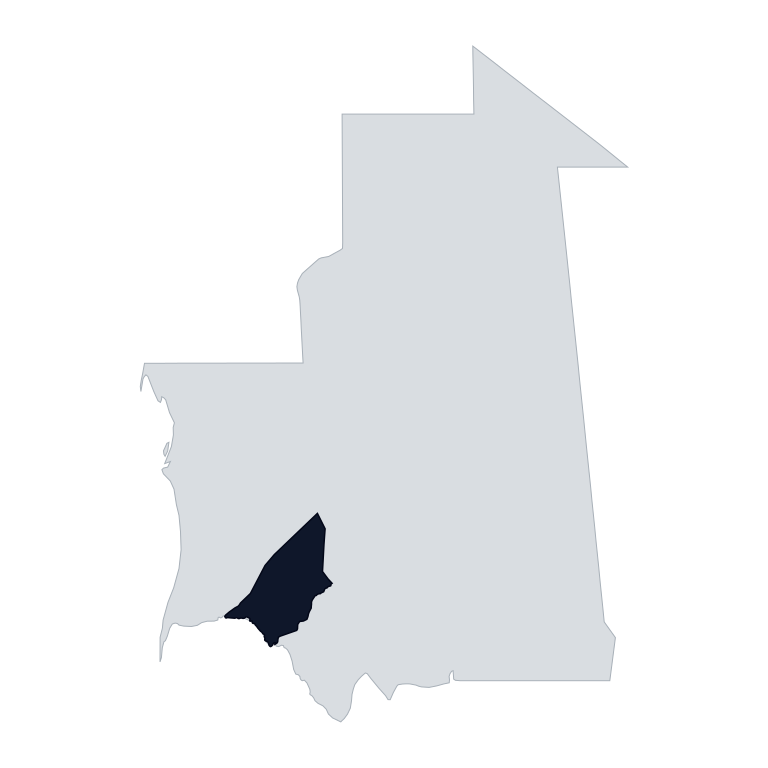 Mauritania, with Brakna highlighted
{"feature_id": "MRT-2784", "entity_name": "Brakna", "entity_type": "Region", "adm_level": 1, "iso_a3": "MRT", "parent_name": "Mauritania", "parent_adm1": "", "projection": "equal_earth", "projection_center": [-13.723, 17.338], "detail": "fine", "context": "in_parent", "style": "filled", "palette": "ink", "viewbox_px": 768, "rotation_deg": 0, "n_neighbors": 0, "source": "natural_earth", "source_scale": "10m", "svg_char_len": 5105}
<svg xmlns="http://www.w3.org/2000/svg" viewBox="0 0 768 768"><path d="M333.6,718.4L332.7,718.0L328.4,714.0L326.3,709.3L322.9,705.8L318.1,703.4L315.0,700.7L313.6,697.7L311.8,695.6L310.0,694.6L309.8,693.5L310.2,692.0L309.8,689.2L307.0,683.0L304.4,680.2L302.2,680.7L301.0,679.9L300.2,678.5L299.9,676.5L298.4,674.8L295.8,674.1L293.7,669.5L292.1,661.1L290.0,654.5L287.5,649.8L285.6,648.1L284.3,647.7L283.8,647.0L283.5,645.6L281.5,645.2L278.7,646.6L276.2,646.1L275.0,643.8L273.3,643.6L271.1,645.5L268.8,644.9L266.1,641.9L264.7,639.0L264.4,636.0L259.9,630.1L251.2,621.3L241.7,617.1L231.4,617.7L225.6,617.3L224.4,615.9L223.1,616.0L221.8,617.6L220.5,617.9L219.0,617.1L218.1,617.7L217.8,620.0L214.1,621.1L207.2,621.2L201.7,622.6L197.4,625.3L191.4,626.5L183.6,626.1L179.0,625.1L177.4,623.5L175.1,623.1L172.3,624.0L169.7,628.3L167.3,636.2L165.4,640.7L163.9,641.8L162.3,647.7L161.4,657.6L160.0,661.9L160.1,637.3L162.4,628.2L163.1,620.1L168.0,602.3L173.7,587.8L179.0,568.5L181.1,549.8L180.5,531.6L179.0,515.4L176.4,504.6L174.0,489.1L170.3,481.0L163.4,473.8L161.9,469.7L163.5,468.1L167.7,467.1L170.4,461.5L164.7,463.6L171.4,446.6L173.4,435.0L173.2,427.4L174.4,422.8L169.5,412.6L165.7,399.8L163.8,397.8L161.7,396.7L161.5,399.7L160.4,402.4L158.0,400.8L153.8,391.5L147.9,376.4L145.9,374.8L144.1,376.9L143.0,378.9L140.9,391.5L140.3,386.5L141.2,380.6L142.7,373.4L144.5,363.3L149.6,363.3L158.8,363.3L177.3,363.2L186.5,363.2L204.9,363.2L214.1,363.2L232.5,363.1L241.7,363.1L260.2,363.1L269.4,363.1L287.8,363.0L297.0,363.0L303.1,363.0L302.7,355.9L302.4,350.2L302.0,342.6L301.6,335.0L301.2,327.4L300.9,320.3L300.5,313.2L300.2,306.6L299.8,300.5L299.3,297.1L297.4,290.2L296.9,286.7L297.5,283.1L298.7,279.7L302.3,273.5L307.7,268.7L313.9,263.2L318.7,259.0L321.1,257.9L328.6,256.5L334.4,253.3L340.1,250.2L342.5,248.5L342.7,242.7L342.1,114.1L370.1,114.1L377.5,114.1L429.0,114.1L436.4,114.1L473.9,114.1L473.8,108.1L473.6,99.4L473.5,87.6L473.3,75.7L472.9,54.8L472.8,46.1L480.3,51.9L495.3,63.5L502.8,69.4L517.8,81.0L532.8,92.7L547.9,104.3L555.5,110.2L563.0,116.0L570.6,121.9L578.1,127.7L593.3,139.5L599.6,144.4L609.4,152.3L618.5,159.7L627.7,167.1L613.8,167.1L595.2,167.1L582.6,167.1L569.6,167.1L557.4,167.1L558.7,179.2L560.1,192.5L561.5,205.7L562.9,219.0L564.3,232.2L568.5,272.1L569.9,285.4L571.2,298.8L572.6,312.1L574.0,325.5L576.8,352.2L578.2,365.6L579.5,379.0L580.9,392.5L582.3,405.9L583.7,419.3L586.4,446.3L587.8,459.8L589.2,473.2L590.6,486.7L591.9,500.3L593.3,513.8L594.7,527.3L596.0,540.9L598.8,568.0L600.1,581.6L601.5,595.1L602.9,608.7L604.2,621.9L609.1,628.8L615.4,637.6L613.8,649.9L611.9,664.6L609.8,680.7L592.8,680.7L576.2,680.7L534.5,680.7L526.2,680.7L484.6,680.7L476.3,680.7L460.2,680.7L455.4,680.3L453.7,679.1L453.1,670.7L451.6,671.3L450.0,673.7L449.1,676.4L449.5,679.8L449.2,682.8L443.9,683.9L436.7,685.9L429.1,687.4L421.4,686.9L418.7,686.2L416.0,685.1L409.8,683.9L406.5,683.8L402.7,684.0L398.2,684.7L396.8,686.2L393.4,692.4L390.2,699.7L388.0,699.6L385.6,695.7L378.9,688.2L370.9,678.5L367.2,673.6L365.3,673.0L361.4,676.4L358.2,679.8L354.8,684.6L353.3,689.1L352.0,694.5L351.5,700.8L350.3,708.2L347.5,714.1L344.2,718.6L341.8,720.8L340.8,721.9L333.6,718.4ZM167.7,451.0L165.1,456.3L163.9,454.2L163.5,450.8L165.8,445.8L166.9,443.3L168.9,442.3L167.7,451.0Z" fill="#d9dde1" stroke="#a8b0b8" stroke-width="1"/><path d="M226.3,618.0L225.5,617.8L225.1,617.1L224.8,616.3L225.5,615.2L229.4,611.9L235.0,607.9L238.2,606.2L239.4,604.8L240.3,603.3L240.5,603.0L250.4,593.5L265.1,565.4L274.3,554.6L285.6,543.8L317.4,513.4L325.1,528.8L324.0,543.9L323.5,553.0L322.5,571.5L328.0,578.9L332.1,583.3L331.5,583.7L331.0,584.3L330.9,585.3L330.6,585.9L329.0,586.3L327.6,587.0L326.9,588.0L325.6,588.2L324.7,589.1L323.7,591.7L322.6,592.3L321.7,592.6L321.0,593.1L320.5,593.5L320.0,593.8L319.5,593.7L319.0,593.7L317.2,594.4L316.8,594.9L316.4,595.4L315.1,595.7L312.2,600.1L311.8,601.1L311.5,602.2L311.5,604.2L311.3,606.1L311.2,608.1L309.3,611.7L308.5,613.8L307.9,616.7L306.9,619.3L303.5,621.0L299.6,621.5L297.7,624.5L297.5,628.9L296.7,630.4L280.1,636.2L278.4,637.2L277.9,639.4L277.7,641.8L276.9,643.1L275.7,643.9L274.9,644.3L275.1,643.4L275.2,642.7L274.8,642.6L274.4,642.7L274.1,642.8L273.7,643.1L273.4,643.4L272.7,644.8L272.4,645.2L271.8,645.9L271.1,646.4L270.8,646.5L270.4,646.6L270.1,646.4L269.7,646.1L269.4,645.7L269.1,645.3L268.9,644.7L268.6,643.3L268.4,642.8L268.1,642.4L267.5,641.8L267.2,641.5L265.6,640.9L264.9,640.4L264.7,639.6L264.9,638.6L264.9,638.1L264.7,637.6L264.3,637.0L264.2,636.6L264.3,636.1L264.6,635.3L264.5,634.9L264.3,634.5L263.9,634.3L263.1,633.9L262.8,633.6L262.1,632.4L261.8,632.1L260.4,631.1L258.0,628.3L256.6,626.2L255.7,625.3L255.4,624.9L254.7,623.7L254.4,623.5L253.9,623.4L252.9,623.3L252.5,623.0L252.3,622.6L252.2,621.6L252.1,621.2L251.7,621.0L250.1,621.2L249.8,620.9L249.7,620.5L249.9,619.5L249.9,618.9L249.8,618.5L249.4,618.2L246.9,616.9L246.1,616.9L245.7,617.1L244.6,618.0L244.2,618.2L243.8,618.3L243.3,618.4L242.9,618.4L241.2,618.0L240.8,618.0L239.1,618.6L238.7,618.6L238.2,618.5L237.1,617.8L236.7,617.7L236.3,617.7L234.9,618.2L234.5,618.2L227.5,617.6L226.3,618.0Z" fill="#0f172a" stroke="#020617" stroke-width="1.5"/></svg>